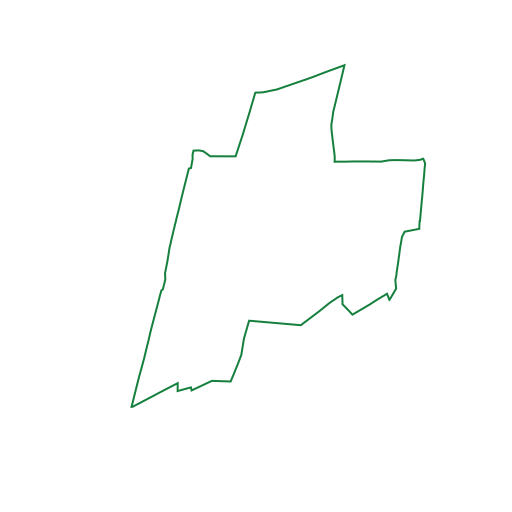 the district of Olaine, Olaines, Latvia, rotated 138°
{"feature_id": "27541924B43954126847535", "entity_name": "Olaine", "entity_type": "district", "adm_level": 2, "iso_a3": "LVA", "parent_name": "Latvia", "parent_adm1": "Olaines", "projection": "natural_earth1", "projection_center": [23.924, 56.791], "detail": "fine", "context": "isolated", "style": "outline", "palette": "green", "viewbox_px": 512, "rotation_deg": 138, "n_neighbors": 0, "source": "geoboundaries", "source_scale": "gbopen_adm2", "svg_char_len": 3121}
<svg xmlns="http://www.w3.org/2000/svg" viewBox="0 0 512 512"><g transform="rotate(138 256 256)"><path d="M223.6,147.9L204.1,143.9L194.7,142.4L186.3,140.7L185.9,140.7L183.9,140.3L186.2,134.2L185.7,134.2L185.4,134.3L179.6,136.1L175.0,137.6L173.7,138.0L168.4,145.1L167.7,145.5L166.7,146.2L165.5,147.0L162.1,150.0L155.4,155.5L153.7,156.9L152.0,158.4L149.7,160.3L147.4,162.3L146.5,163.0L146.3,163.2L146.0,163.5L144.2,165.0L142.4,166.5L138.9,169.2L135.5,171.9L134.7,172.4L134.3,172.7L129.3,174.6L116.4,166.9L115.7,167.8L111.1,172.4L110.8,172.2L97.9,184.2L97.1,184.9L95.4,186.5L93.6,188.1L88.7,192.7L83.0,198.1L77.2,203.4L71.3,209.0L68.7,211.3L68.4,211.6L67.2,214.7L67.1,214.9L67.1,215.0L66.9,215.4L66.8,215.7L66.8,216.7L68.5,217.1L70.2,218.0L74.4,221.0L82.3,228.5L87.9,233.7L90.9,236.3L93.2,238.2L99.0,241.9L99.3,241.9L108.0,249.9L120.5,261.2L127.5,267.2L133.1,272.3L134.5,273.4L132.7,275.3L131.2,277.0L129.4,279.4L121.1,291.3L116.5,297.8L115.0,299.8L114.2,300.8L112.6,302.7L111.0,304.1L109.3,305.4L107.5,306.9L105.7,308.4L102.1,311.5L93.1,317.6L71.4,332.5L62.6,338.6L67.6,340.6L77.0,344.4L85.4,347.7L93.8,350.9L99.6,353.3L110.2,357.8L117.8,361.0L120.9,362.4L122.5,363.0L127.2,365.0L128.9,365.7L129.8,366.2L136.2,370.0L137.5,370.7L138.7,371.4L139.9,372.2L141.2,372.9L144.7,375.7L145.5,376.5L147.2,377.8L147.3,377.8L148.8,376.9L149.4,376.5L153.0,374.3L156.1,372.4L161.0,369.4L162.7,368.3L167.0,365.7L174.0,361.5L184.7,355.0L201.0,345.7L204.4,343.7L206.6,345.6L209.0,347.8L211.3,349.9L212.4,350.9L213.9,352.2L214.1,352.5L216.1,354.2L218.2,356.1L220.1,357.9L222.3,359.8L222.6,360.2L222.9,360.4L223.3,360.7L223.9,363.8L224.0,364.2L224.1,364.8L224.4,365.9L224.4,366.1L225.1,369.1L226.3,370.8L228.0,372.9L229.0,373.7L230.8,375.1L231.0,375.3L231.4,375.6L231.9,376.1L233.6,375.0L235.2,373.9L236.8,372.1L238.3,370.4L245.4,364.9L247.4,365.9L254.1,361.4L271.5,349.7L275.4,347.0L281.0,343.1L282.1,342.4L283.2,341.6L285.2,340.3L287.3,338.9L289.4,337.5L291.1,336.3L292.8,335.1L295.7,333.2L298.5,331.2L299.5,330.6L300.5,329.9L304.5,327.1L305.9,326.1L307.4,325.1L308.9,324.1L310.3,323.0L311.5,322.2L313.3,321.0L315.1,319.7L320.6,315.2L326.1,310.8L328.9,308.7L331.7,306.6L333.3,305.4L335.0,304.2L336.2,302.8L338.8,299.6L339.3,299.1L347.6,293.5L349.4,293.7L351.7,292.2L354.0,290.8L355.6,289.7L357.2,288.6L380.9,273.1L384.8,270.5L386.7,269.2L388.5,267.9L389.7,267.1L390.9,266.2L396.8,262.2L397.0,262.1L404.7,256.8L408.2,254.4L423.8,244.4L428.6,241.2L439.0,234.2L449.4,227.2L449.0,226.9L448.7,226.6L439.2,224.1L437.0,223.6L434.9,223.0L430.4,221.9L425.8,220.7L422.4,219.9L409.2,216.5L399.3,213.9L400.2,212.9L404.6,208.1L392.3,201.9L393.8,199.2L383.2,196.0L372.5,192.8L372.1,192.5L371.4,191.8L370.7,191.2L366.2,186.8L361.7,182.5L361.0,181.8L360.2,181.0L358.8,179.7L358.0,180.1L355.2,181.4L352.4,182.7L344.9,186.4L343.1,187.2L333.0,192.4L320.2,202.7L305.6,211.8L304.4,212.5L269.0,174.6L268.3,174.5L267.8,174.5L247.1,172.7L240.0,172.3L232.8,171.9L230.8,171.7L227.8,171.2L224.9,170.8L223.7,170.7L222.6,170.5L218.1,169.2L220.1,166.8L220.5,166.3L220.8,166.0L224.0,162.2L223.6,152.7L223.6,147.9Z" fill="none" stroke="#15803d" stroke-width="2"/></g></svg>